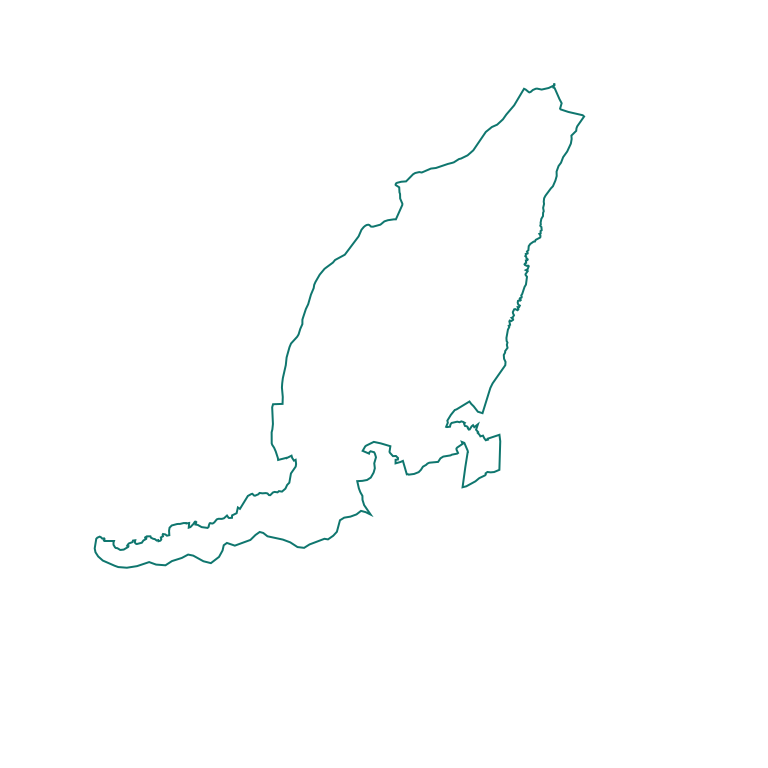 outline of Valea Moldovei, Suceava, Romania, rotated 138°
{"feature_id": "2599482B49071413589038", "entity_name": "Valea Moldovei", "entity_type": "district", "adm_level": 2, "iso_a3": "ROU", "parent_name": "Romania", "parent_adm1": "Suceava", "projection": "equal_earth", "projection_center": [26.027, 47.483], "detail": "fine", "context": "isolated", "style": "outline", "palette": "teal", "viewbox_px": 768, "rotation_deg": 138, "n_neighbors": 0, "source": "geoboundaries", "source_scale": "gbopen_adm2", "svg_char_len": 6135}
<svg xmlns="http://www.w3.org/2000/svg" viewBox="0 0 768 768"><g transform="rotate(138 384 384)"><path d="M699.8,461.6L701.4,461.5L709.0,455.4L711.0,452.0L711.8,447.1L711.1,440.9L705.8,429.2L704.0,425.8L698.0,419.5L689.4,413.9L677.7,408.8L674.2,402.3L667.7,395.5L660.1,394.3L650.6,390.0L643.7,388.3L640.6,384.1L636.8,373.1L632.5,366.7L622.3,365.9L615.4,368.3L611.0,371.4L607.1,371.0L603.0,363.7L587.6,357.5L580.5,357.8L575.4,357.2L573.4,354.1L572.5,348.8L563.3,336.1L559.6,329.0L557.4,320.7L553.0,315.7L546.7,314.6L531.8,308.8L529.6,306.0L523.2,305.2L517.9,305.7L507.9,312.2L503.0,311.3L497.7,307.9L491.7,305.5L486.0,305.1L483.4,301.1L481.3,295.9L479.8,307.3L477.5,312.3L474.9,315.3L474.0,319.4L472.5,323.3L468.9,329.7L464.9,326.5L460.8,324.0L456.4,323.3L451.0,325.1L447.2,327.5L444.3,331.6L439.0,334.9L437.4,338.3L437.0,339.9L439.0,343.0L440.6,343.0L441.7,342.3L444.6,348.6L439.7,350.2L438.4,350.1L430.3,347.8L426.1,342.0L420.9,333.5L425.3,329.9L425.6,329.0L425.6,324.4L423.3,322.5L423.1,319.6L424.2,318.6L426.1,319.9L428.5,317.3L423.9,315.0L421.4,314.2L427.5,301.6L426.6,301.0L426.3,300.1L421.8,297.0L417.2,295.3L414.0,295.5L410.4,296.5L406.7,295.7L405.0,295.8L403.0,295.2L395.9,289.9L391.8,291.0L388.5,290.4L382.3,286.4L380.9,286.1L376.2,283.3L375.1,283.2L374.1,286.6L373.3,287.6L372.1,287.8L365.7,286.9L364.9,288.9L363.7,286.5L366.4,278.6L367.2,277.2L367.6,277.2L379.1,267.9L394.7,254.7L391.3,252.9L381.2,250.5L376.2,250.3L370.1,248.5L369.0,248.6L368.3,249.6L366.0,249.4L363.9,247.0L361.1,244.9L355.7,243.0L335.9,263.7L332.2,269.0L343.6,274.0L344.0,273.1L346.0,274.1L345.8,276.5L345.0,279.4L347.4,280.6L347.0,282.5L347.1,285.0L346.2,285.2L346.2,288.4L341.2,291.2L345.8,291.5L345.4,293.8L347.2,293.9L350.7,292.9L351.5,293.4L351.3,295.0L350.7,295.6L350.8,297.2L351.9,298.7L351.1,300.9L350.0,301.0L350.6,302.9L351.6,304.5L353.4,305.0L354.8,307.0L359.8,309.8L361.6,309.5L363.5,308.1L366.1,309.9L366.5,310.6L362.5,312.5L361.4,314.4L355.0,316.3L348.8,317.3L347.1,316.6L332.2,313.8L332.5,310.9L332.3,307.4L332.8,300.6L330.3,296.4L307.6,309.9L302.9,311.8L281.3,316.8L278.9,319.1L277.9,322.4L275.6,325.4L273.0,326.3L271.9,327.4L268.0,328.2L266.5,330.9L264.5,332.2L264.1,333.9L262.2,336.3L255.5,341.5L252.6,342.6L252.4,343.8L250.7,343.6L248.9,346.7L248.1,347.0L247.3,345.6L245.1,345.3L244.7,345.7L244.9,347.8L243.7,347.4L241.4,348.1L240.9,350.0L240.2,351.2L237.3,352.4L236.4,351.9L235.4,349.5L234.3,349.5L233.2,351.7L232.3,350.7L230.6,351.4L231.1,352.9L230.8,353.9L230.1,355.1L228.8,356.1L227.8,355.8L227.2,354.9L226.3,354.8L226.0,355.4L226.0,356.6L225.4,356.8L224.1,356.2L223.4,356.5L222.7,358.0L221.1,358.4L214.6,362.1L212.0,362.9L206.0,368.0L205.8,370.3L205.4,370.9L201.7,371.7L202.4,373.7L200.5,373.2L197.6,374.7L197.7,375.5L198.8,376.2L199.6,378.1L199.5,378.9L198.8,379.2L197.3,378.9L195.9,380.9L194.6,380.1L193.8,380.5L194.0,382.1L193.3,383.2L193.4,384.5L192.3,384.8L191.6,385.8L190.1,384.9L189.6,385.1L189.1,386.8L187.2,386.8L184.2,389.6L181.6,390.2L177.5,389.7L176.5,388.9L174.8,389.6L170.1,388.4L169.4,388.6L168.4,389.7L168.1,391.6L166.8,391.1L165.3,392.9L163.9,392.8L162.0,395.3L162.0,397.0L161.7,397.3L160.5,397.8L159.9,398.9L156.5,401.5L153.5,402.4L151.2,404.8L149.7,405.5L147.9,408.4L144.6,410.7L143.3,412.6L140.7,414.9L138.0,415.9L129.1,417.7L126.2,417.9L120.5,420.5L116.5,423.0L113.6,426.4L108.4,429.2L104.4,430.0L99.1,432.7L92.3,434.2L84.3,437.6L80.6,440.5L78.5,443.2L71.8,443.5L69.9,445.2L68.0,446.2L56.3,448.9L56.5,450.8L65.0,462.9L69.0,469.9L68.9,470.8L64.1,473.8L63.0,478.2L59.2,489.7L59.8,491.0L59.2,491.5L57.3,492.0L56.2,493.5L58.2,492.2L63.6,493.8L69.8,497.3L72.6,501.1L73.7,501.9L76.7,502.9L79.5,502.9L80.8,503.4L81.1,504.0L81.7,508.0L82.4,509.7L100.8,504.0L112.8,502.4L118.5,501.1L126.4,501.0L131.9,502.8L139.7,503.2L161.3,497.9L168.9,498.0L175.9,500.0L177.8,501.0L183.8,502.0L185.5,502.8L189.3,504.8L200.9,509.8L205.0,512.7L214.4,515.9L216.0,517.9L219.6,519.9L222.0,520.4L232.0,519.8L235.9,522.8L239.7,524.8L240.8,525.0L241.8,524.6L242.2,524.0L241.1,520.0L244.3,516.0L244.9,514.5L247.9,511.0L249.7,505.7L250.6,504.8L265.0,498.4L266.4,499.7L271.5,503.1L274.9,504.6L280.0,504.8L286.8,508.2L288.3,509.6L288.5,511.9L289.1,512.9L290.4,513.7L291.9,514.1L294.1,514.2L297.5,513.7L304.1,510.7L326.6,506.3L337.4,508.9L340.7,508.4L351.0,509.4L358.6,508.3L366.6,505.7L369.5,504.4L372.1,502.3L378.5,499.3L387.0,494.0L391.9,492.0L400.1,487.3L401.6,486.4L404.6,483.1L409.3,481.0L414.3,478.0L416.9,477.2L426.0,476.3L429.6,474.6L438.6,468.9L444.4,463.7L455.3,456.0L459.1,452.7L462.2,449.7L467.9,442.1L472.7,437.1L480.0,443.2L482.7,441.5L493.3,428.6L497.3,425.0L499.8,423.3L507.2,415.0L507.8,413.5L508.3,410.2L509.6,406.3L512.4,400.0L513.5,398.4L505.9,394.4L506.0,394.1L500.7,392.6L501.7,390.5L502.2,387.3L500.4,386.8L502.9,383.3L504.9,381.7L513.0,379.8L520.4,374.0L523.5,373.8L527.3,372.2L531.8,372.3L533.8,374.7L535.6,374.7L537.5,377.0L539.1,377.7L542.9,377.5L543.8,378.4L543.8,380.6L544.8,382.0L547.4,384.0L549.4,386.3L551.1,386.1L554.6,387.3L555.2,388.1L555.3,390.5L556.2,391.0L560.1,391.9L574.6,387.6L575.2,390.0L580.0,386.6L584.8,388.0L586.5,386.3L588.8,388.1L589.0,388.6L588.7,391.3L592.8,391.3L594.8,392.3L597.2,394.6L598.9,395.3L602.7,394.7L604.4,394.9L605.1,395.3L606.3,397.0L606.8,397.1L608.8,396.1L609.8,395.2L611.4,395.1L615.3,399.7L616.7,403.9L618.1,405.7L615.9,407.0L616.0,407.7L616.7,408.2L619.4,407.5L623.6,407.2L625.2,407.9L621.8,411.1L624.2,412.6L624.1,413.1L625.9,414.7L629.2,416.5L631.3,418.3L636.4,420.9L639.5,420.7L641.9,418.8L644.7,415.3L646.8,416.5L647.1,418.4L648.6,420.4L649.5,420.0L650.2,418.7L652.5,419.3L653.4,417.6L653.9,417.4L655.0,417.2L656.8,418.1L656.3,419.1L657.7,419.8L658.1,422.1L659.1,423.4L660.0,425.7L659.5,427.1L662.2,429.5L664.2,429.8L664.6,429.1L663.9,428.4L664.4,428.0L667.5,428.7L670.2,428.1L674.8,430.5L675.3,431.5L675.2,433.0L673.4,434.3L675.3,435.6L676.8,434.8L680.2,436.2L681.6,436.1L683.0,435.7L682.4,434.5L683.1,434.1L688.2,435.1L690.6,436.8L691.1,437.3L692.0,440.4L693.0,441.5L693.2,442.6L692.6,445.5L691.1,447.2L689.7,448.0L696.8,454.4L696.9,455.1L695.4,455.8L695.3,456.6L696.8,457.5L696.9,459.5L697.4,460.8L699.8,461.6Z" fill="none" stroke="#0f766e" stroke-width="2"/></g></svg>